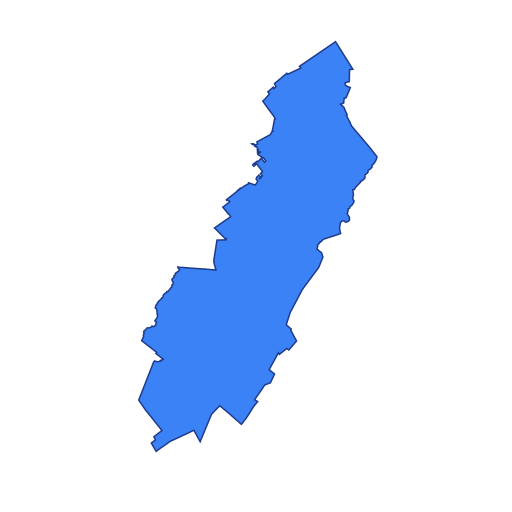 Sabinas Hidalgo, Nuevo León, Mexico, rotated 223°
{"feature_id": "50627088B9769034466011", "entity_name": "Sabinas Hidalgo", "entity_type": "district", "adm_level": 2, "iso_a3": "MEX", "parent_name": "Mexico", "parent_adm1": "Nuevo León", "projection": "equal_earth", "projection_center": [-100.103, 26.576], "detail": "fine", "context": "isolated", "style": "filled", "palette": "blue", "viewbox_px": 512, "rotation_deg": 223, "n_neighbors": 0, "source": "geoboundaries", "source_scale": "gbopen_adm2", "svg_char_len": 5717}
<svg xmlns="http://www.w3.org/2000/svg" viewBox="0 0 512 512"><g transform="rotate(223 256 256)"><path d="M356.5,376.8L356.7,373.9L346.8,371.9L346.7,371.9L343.9,371.4L338.0,370.3L337.9,370.2L336.9,370.0L336.5,369.8L335.4,369.5L335.8,368.7L332.2,363.1L329.4,358.6L328.9,358.7L329.2,358.1L328.3,354.6L330.5,348.0L333.2,340.1L331.3,339.2L332.2,336.7L333.2,336.6L333.4,336.5L334.8,336.1L335.4,335.4L335.6,335.1L334.7,335.2L332.9,336.1L332.5,336.0L332.0,335.4L331.0,335.5L330.5,336.2L329.9,336.4L329.4,336.1L328.0,335.6L327.7,334.8L327.2,334.5L326.6,335.1L326.0,333.8L326.4,333.6L325.5,332.8L325.2,332.3L325.1,332.2L324.8,332.3L324.6,332.5L324.4,333.0L324.3,333.3L324.8,333.7L324.5,334.6L324.3,334.7L324.2,334.8L323.9,334.7L323.7,334.8L324.1,332.5L324.0,332.4L323.9,331.9L323.9,331.6L323.5,331.5L319.6,332.3L316.4,332.9L316.1,332.8L315.6,332.7L313.6,332.2L313.8,330.3L316.0,330.7L318.9,331.2L318.8,328.6L318.8,326.3L319.8,326.2L320.7,321.3L320.7,321.0L320.5,320.3L318.7,320.2L318.6,322.0L318.7,322.7L319.0,322.6L319.0,323.1L318.7,323.1L318.7,323.9L312.4,322.8L308.8,322.2L308.9,319.2L306.1,319.1L305.8,315.1L306.3,315.2L306.5,317.0L309.0,317.2L309.2,314.0L309.1,313.9L309.0,313.7L308.7,313.1L308.5,312.6L308.4,312.6L308.1,312.2L306.0,312.1L305.9,312.1L305.7,311.9L304.9,307.4L311.3,304.5L310.7,304.0L311.0,303.1L312.0,300.0L312.1,299.8L312.1,299.7L312.6,297.7L312.7,297.2L312.7,296.9L312.7,296.7L312.8,296.3L312.9,295.9L313.5,295.3L313.7,295.0L314.0,292.3L313.6,292.8L316.0,276.9L315.6,276.6L315.4,276.6L315.2,276.7L314.8,277.5L313.6,277.8L312.8,278.1L312.2,277.8L312.3,277.0L312.4,276.6L312.4,276.4L312.8,273.8L313.6,269.1L309.3,268.5L305.4,267.9L305.3,268.3L301.4,267.5L301.9,264.7L302.6,261.9L304.9,251.0L305.5,248.2L290.3,247.7L289.6,248.5L289.0,247.5L288.9,247.4L289.8,246.5L295.4,241.0L291.5,235.3L286.2,227.4L285.3,226.5L285.3,225.9L284.8,225.2L284.7,225.2L282.9,223.0L282.7,222.9L281.2,221.8L276.2,218.7L275.9,218.6L275.7,218.4L276.3,217.9L276.6,217.7L276.8,217.7L277.1,217.4L277.3,217.2L283.9,212.0L284.1,211.8L284.3,211.8L284.6,211.6L284.9,211.2L286.0,210.3L293.8,204.0L295.5,202.6L299.8,199.2L300.9,198.4L301.5,197.9L301.7,197.7L303.1,196.5L303.9,195.8L305.7,194.7L304.6,194.0L304.1,193.9L302.8,194.1L302.4,193.7L302.3,191.7L302.8,190.8L302.6,190.1L302.8,189.4L303.1,188.9L303.1,188.1L302.9,188.0L302.5,187.8L302.4,187.8L302.2,185.9L302.5,185.4L301.4,184.6L301.7,181.8L300.7,180.9L299.2,180.5L298.1,179.9L297.7,179.0L297.6,177.2L296.6,176.5L296.6,174.9L296.5,173.4L296.1,170.4L297.0,169.1L296.5,168.1L297.0,167.0L297.2,164.4L295.9,162.1L296.4,160.9L296.0,159.7L296.3,157.2L296.2,154.6L296.2,154.4L295.5,153.2L295.6,151.8L294.3,149.3L292.4,149.5L289.2,146.7L289.0,146.4L288.6,146.0L287.9,146.0L286.7,144.2L286.4,144.1L286.3,143.5L286.1,142.4L285.9,141.6L285.9,139.9L285.1,139.4L284.3,139.9L284.0,140.0L283.2,138.7L282.8,137.6L282.7,137.5L282.5,137.3L282.4,137.2L282.2,136.4L282.9,134.2L283.7,134.0L284.3,133.9L284.2,132.4L285.1,130.6L286.6,129.2L286.5,128.1L286.5,127.8L286.4,127.3L286.4,127.0L286.5,126.7L286.6,125.9L286.8,124.8L286.0,123.4L285.3,123.4L285.1,123.1L284.7,122.0L284.5,121.4L284.0,120.9L283.7,120.7L283.3,120.5L283.0,119.5L281.9,116.1L262.7,117.8L262.7,116.4L260.4,116.6L253.4,117.2L253.5,117.0L253.6,116.8L253.6,116.7L253.8,116.0L254.7,114.5L254.7,114.4L254.1,114.4L255.0,112.6L256.0,111.3L258.6,110.1L258.7,109.0L243.5,70.6L231.6,68.0L226.0,67.2L224.7,67.1L215.0,65.6L205.8,64.2L207.4,54.1L204.1,53.0L205.0,47.8L195.8,45.0L195.4,47.5L195.1,48.8L194.9,49.5L194.9,49.8L194.8,50.2L194.8,50.5L194.7,50.8L194.0,54.0L192.3,62.1L190.6,66.2L189.9,67.9L189.7,68.3L189.7,68.5L188.6,71.0L187.8,73.0L187.5,73.8L186.7,75.8L186.6,76.0L186.5,76.3L186.3,76.8L186.0,77.5L185.2,79.5L182.6,86.2L170.2,82.1L180.6,109.9L180.4,121.8L167.1,122.5L161.4,122.6L157.2,122.8L151.9,122.9L152.0,125.7L152.4,127.3L152.4,130.1L153.4,135.1L154.0,138.8L154.8,142.8L155.3,146.7L155.5,150.7L158.9,149.9L159.5,153.1L160.4,159.7L161.5,166.6L161.7,167.5L159.0,173.1L161.9,182.3L167.0,182.0L168.9,181.9L173.6,200.5L171.8,200.0L170.4,209.4L167.9,209.6L168.4,221.5L179.9,225.4L180.4,226.6L187.0,226.3L192.5,238.2L199.2,262.9L199.8,267.4L200.2,271.5L202.3,290.3L206.3,300.8L210.2,303.1L213.2,302.8L214.8,302.8L216.1,302.5L216.4,303.1L216.6,303.5L216.9,303.9L217.4,305.1L217.7,305.1L217.9,305.3L218.1,305.5L218.6,306.2L218.4,307.2L218.4,308.2L218.6,309.2L218.8,309.8L218.4,310.0L218.4,311.1L218.2,311.1L218.2,311.5L218.2,312.2L218.2,312.7L218.2,312.9L218.1,314.3L209.4,330.1L213.8,333.2L216.8,337.7L217.0,339.3L216.9,340.1L216.8,340.5L216.5,341.0L215.7,341.5L214.9,341.9L214.5,341.8L214.1,341.7L213.8,341.7L213.4,342.0L213.2,342.3L212.9,343.0L212.4,343.5L212.1,344.7L212.1,345.6L212.3,346.3L213.1,347.0L213.5,347.3L213.8,347.9L218.3,349.1L218.5,350.3L219.3,350.9L219.5,351.7L219.8,352.4L220.8,353.1L220.1,354.8L220.9,356.4L220.7,357.7L220.5,358.2L220.9,361.4L221.8,363.1L223.4,363.4L224.6,364.4L225.8,365.5L226.2,367.1L230.5,370.5L229.4,371.7L230.0,374.0L230.0,376.0L229.9,381.1L230.5,381.9L230.1,382.4L229.6,384.2L229.4,387.0L230.1,388.0L231.3,389.1L231.6,389.9L231.0,393.2L232.4,395.2L232.2,396.1L231.7,397.5L231.8,400.4L233.2,401.2L232.8,403.3L233.2,406.6L234.2,409.4L235.3,411.1L239.5,411.8L246.6,412.9L261.5,414.7L268.5,415.5L273.2,416.1L275.0,416.3L278.9,418.1L279.0,418.0L282.9,419.4L285.8,420.5L285.6,421.5L286.1,421.7L286.3,421.6L290.9,423.7L293.0,424.7L297.7,424.7L296.2,427.6L299.2,431.7L298.0,433.1L301.9,443.6L304.2,442.5L307.3,441.9L309.0,443.5L306.7,447.2L314.7,456.1L312.5,458.6L344.0,467.0L353.6,424.4L351.4,424.0L356.8,410.5L358.1,410.7L359.4,400.1L360.1,394.9L359.8,394.4L357.0,393.7L356.9,390.7L358.5,391.3L359.3,384.1L356.7,383.8L356.5,377.0L356.5,376.8Z" fill="#3b82f6" stroke="#1e3a8a" stroke-width="1.5"/></g></svg>